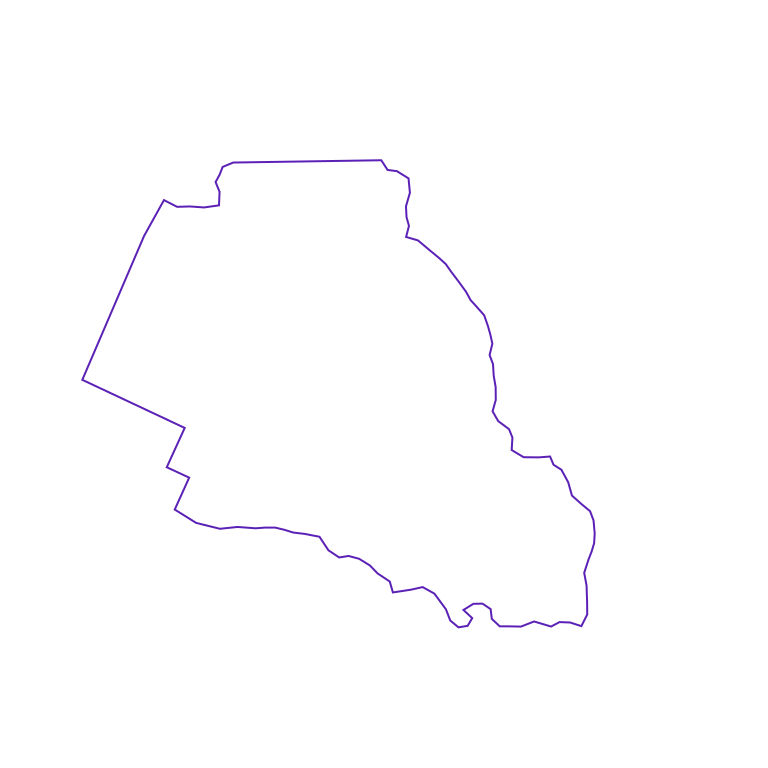 the district of Salete, Santa Catarina, Brazil, rotated 114°
{"feature_id": "56859067B33006019293673", "entity_name": "Salete", "entity_type": "district", "adm_level": 2, "iso_a3": "BRA", "parent_name": "Brazil", "parent_adm1": "Santa Catarina", "projection": "orthographic", "projection_center": [-50.006, -26.958], "detail": "fine", "context": "isolated", "style": "outline", "palette": "violet", "viewbox_px": 768, "rotation_deg": 114, "n_neighbors": 0, "source": "geoboundaries", "source_scale": "gbopen_adm2", "svg_char_len": 1450}
<svg xmlns="http://www.w3.org/2000/svg" viewBox="0 0 768 768"><g transform="rotate(114 384 384)"><path d="M243.0,611.8L251.3,619.7L259.7,619.3L268.0,620.0L275.3,612.4L287.9,607.4L295.9,620.2L300.7,633.4L306.3,645.1L305.5,659.8L346.5,663.4L457.5,661.9L502.9,661.3L505.2,548.2L548.4,548.6L548.8,523.9L583.8,524.1L587.3,499.1L583.0,475.0L574.2,459.7L568.0,442.5L563.8,434.7L559.4,424.9L557.7,415.6L556.6,406.4L553.2,395.5L549.8,380.8L558.5,367.2L560.7,354.4L555.5,346.4L553.8,335.7L555.5,323.1L559.7,312.7L562.1,298.4L570.8,291.1L560.8,275.5L553.8,266.1L555.0,252.7L564.7,235.7L573.1,227.3L576.0,217.0L570.9,209.2L562.0,208.2L558.1,219.5L548.5,213.0L544.6,204.7L546.3,195.0L554.7,190.0L558.3,179.7L554.2,170.4L549.9,160.2L539.9,150.3L537.6,132.7L530.1,126.8L526.2,117.0L524.9,105.2L511.9,104.6L500.3,109.9L485.7,117.0L475.1,124.3L460.9,125.8L452.4,126.2L443.9,127.3L434.7,130.8L423.4,137.1L416.4,144.0L413.4,154.7L409.5,166.9L398.9,175.7L390.2,187.0L388.8,196.3L382.7,202.8L388.0,212.6L394.1,226.7L392.4,240.5L380.7,244.9L374.4,251.4L371.5,264.5L364.8,273.7L353.1,275.4L341.3,280.8L331.9,287.1L321.5,292.5L314.6,299.3L303.1,301.4L295.3,307.2L288.7,312.7L280.5,320.4L275.7,330.9L272.1,339.1L266.5,346.4L259.9,357.8L254.3,368.0L249.3,376.4L246.4,385.2L243.4,396.1L239.0,411.4L240.7,423.6L229.4,425.5L222.4,431.3L212.7,436.2L198.8,438.1L186.2,445.2L184.3,458.8L187.0,467.8L180.7,477.5L243.0,611.8Z" fill="none" stroke="#5b21b6" stroke-width="2"/></g></svg>